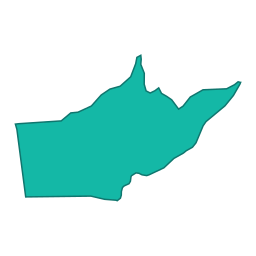 an SVG outline of Makamba
{"feature_id": "BDI-2641", "entity_name": "Makamba", "entity_type": "Province", "adm_level": 1, "iso_a3": "BDI", "parent_name": "Burundi", "parent_adm1": "", "projection": "mercator", "projection_center": [29.841, -4.203], "detail": "fine", "context": "isolated", "style": "filled", "palette": "teal", "viewbox_px": 256, "rotation_deg": 0, "n_neighbors": 0, "source": "natural_earth", "source_scale": "10m", "svg_char_len": 875}
<svg xmlns="http://www.w3.org/2000/svg" viewBox="0 0 256 256"><path d="M240.6,82.4L239.9,84.2L233.4,95.5L225.0,105.8L206.0,121.6L203.1,125.8L196.0,142.8L192.5,147.2L186.3,150.7L183.5,153.0L173.9,158.4L163.9,167.8L149.1,174.8L146.7,175.6L142.0,174.8L139.0,173.3L136.0,172.9L131.5,175.7L131.0,176.7L130.4,181.3L129.0,183.7L124.2,185.9L122.5,187.5L121.4,191.5L121.3,195.1L120.4,198.2L117.2,200.7L116.0,200.2L104.6,199.3L90.9,196.1L25.7,196.9L16.9,129.4L15.4,124.1L18.9,123.7L61.2,120.9L70.8,112.9L78.0,112.2L91.4,106.0L101.2,95.0L109.9,89.1L120.2,86.2L130.7,76.8L135.7,63.7L136.9,57.4L140.8,55.3L141.2,59.3L140.8,64.4L144.3,73.3L144.2,84.2L146.1,90.9L150.2,93.0L154.8,90.8L158.7,87.9L161.5,93.4L166.6,96.3L171.7,99.8L178.6,109.1L183.1,106.1L190.3,97.0L203.0,89.8L226.6,88.8L234.5,84.7L238.1,81.8L240.5,82.4L240.6,82.4Z" fill="#14b8a6" stroke="#0f766e" stroke-width="1.5"/></svg>